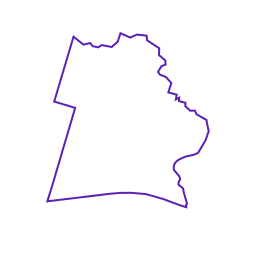 Jefferson, Texas, United States of America, rotated 17°
{"feature_id": "52423323B61382457071366", "entity_name": "Jefferson", "entity_type": "district", "adm_level": 2, "iso_a3": "USA", "parent_name": "United States of America", "parent_adm1": "Texas", "projection": "orthographic", "projection_center": [-94.044, 29.875], "detail": "fine", "context": "isolated", "style": "outline", "palette": "violet", "viewbox_px": 256, "rotation_deg": 17, "n_neighbors": 0, "source": "geoboundaries", "source_scale": "gbopen_adm2", "svg_char_len": 1005}
<svg xmlns="http://www.w3.org/2000/svg" viewBox="0 0 256 256"><g transform="rotate(17 128 128)"><path d="M49.7,123.5L49.7,124.3L71.6,124.2L72.4,206.9L72.3,221.7L129.7,196.3L139.6,192.3L149.8,189.1L164.2,186.0L182.3,185.6L193.3,186.3L200.7,186.7L206.8,186.7L206.0,184.7L206.7,183.3L200.1,173.2L198.4,169.8L197.3,169.1L193.5,167.8L192.7,167.1L192.2,164.6L192.9,162.0L192.1,160.3L190.9,159.0L184.7,155.0L183.6,153.6L183.0,151.4L182.9,149.6L183.3,147.6L184.6,144.9L186.3,143.0L190.3,139.4L192.9,137.6L197.7,135.0L200.0,133.4L202.2,131.3L202.4,131.0L205.8,116.7L206.1,107.4L201.9,100.0L200.8,97.4L189.6,94.9L186.9,91.8L182.4,93.3L176.4,90.3L175.5,87.1L168.9,87.4L168.1,84.1L165.4,86.7L164.9,81.9L156.2,82.2L156.3,72.4L149.5,68.2L142.8,67.6L140.3,65.5L141.9,59.2L145.4,56.4L143.9,52.5L136.4,49.3L134.5,42.6L120.7,38.6L118.8,34.3L109.3,36.0L103.7,40.9L93.1,39.6L92.9,48.6L88.7,55.3L78.6,56.4L75.9,59.6L70.2,60.1L67.1,57.8L61.0,61.3L49.2,56.6L49.7,123.5Z" fill="none" stroke="#5b21b6" stroke-width="2"/></g></svg>